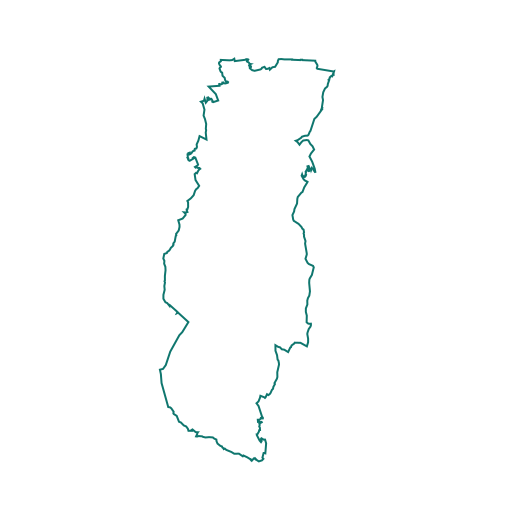 the district of Cazanesti, Mehedinti, Romania, rotated 254°
{"feature_id": "2599482B25744085941733", "entity_name": "Cazanesti", "entity_type": "district", "adm_level": 2, "iso_a3": "ROU", "parent_name": "Romania", "parent_adm1": "Mehedinti", "projection": "equal_earth", "projection_center": [22.915, 44.698], "detail": "fine", "context": "isolated", "style": "outline", "palette": "teal", "viewbox_px": 512, "rotation_deg": 254, "n_neighbors": 0, "source": "geoboundaries", "source_scale": "gbopen_adm2", "svg_char_len": 6090}
<svg xmlns="http://www.w3.org/2000/svg" viewBox="0 0 512 512"><g transform="rotate(254 256 256)"><path d="M438.9,332.0L437.5,330.8L436.1,330.3L432.6,326.5L432.9,323.8L431.3,320.7L433.0,320.7L432.7,318.8L433.0,317.2L435.5,316.3L435.3,313.7L434.5,312.9L434.1,311.8L434.4,305.7L435.7,303.5L438.2,301.8L439.1,302.0L439.0,303.2L439.3,303.4L440.2,303.2L440.5,302.0L441.0,301.9L441.5,302.8L441.8,302.7L442.0,303.8L442.4,303.0L444.2,302.2L445.5,300.9L446.7,301.6L446.6,302.3L447.0,302.7L447.4,302.3L447.9,300.7L447.5,300.2L449.2,289.3L451.6,289.5L450.9,287.1L451.4,284.4L454.2,276.2L452.9,275.9L452.2,273.9L451.3,273.5L449.7,273.7L447.9,274.5L447.5,274.4L447.0,273.2L446.3,272.6L443.4,272.8L442.5,273.1L441.6,274.0L438.5,273.5L435.9,275.0L433.8,274.8L432.1,275.2L431.8,275.5L431.5,276.7L430.8,277.1L430.3,276.7L430.3,274.2L430.9,272.6L431.8,272.5L432.0,271.4L430.8,270.9L430.6,269.5L431.4,268.5L431.4,268.0L429.7,267.8L431.9,257.2L422.7,262.0L415.9,262.5L415.7,257.2L416.4,256.5L417.2,257.0L419.4,256.4L419.6,255.7L419.2,255.3L419.4,254.8L419.1,254.6L419.1,254.2L420.5,254.4L421.0,254.1L420.9,253.5L421.6,253.6L421.6,252.9L420.7,252.9L420.4,252.5L418.7,252.1L417.2,250.0L421.4,249.9L419.6,248.8L419.5,245.6L417.5,246.8L410.9,246.8L405.4,244.3L401.8,244.7L396.6,244.5L392.0,242.8L390.8,242.8L388.5,241.7L381.6,240.5L386.8,234.8L382.8,232.4L379.6,229.7L377.1,229.3L375.8,228.3L375.9,226.8L375.4,226.3L374.3,226.1L374.1,224.0L372.8,222.5L372.7,221.4L372.2,221.3L372.0,219.9L372.5,219.8L373.6,220.4L373.5,219.2L372.6,218.8L372.6,218.2L369.7,217.7L369.5,217.3L368.8,217.7L368.6,217.4L367.8,217.7L367.5,217.4L366.6,217.6L365.8,218.5L366.9,222.7L367.7,222.4L368.2,223.6L367.3,224.8L359.8,225.5L359.1,224.7L358.4,221.9L357.8,222.2L358.2,222.8L356.9,224.0L356.2,225.9L355.2,226.4L354.8,225.2L353.9,224.0L351.8,222.1L352.5,221.4L351.6,219.6L345.7,218.8L339.1,220.7L337.3,218.5L336.7,216.9L335.4,215.4L331.6,212.8L329.4,209.3L327.8,205.2L326.3,205.5L321.9,204.3L319.8,202.9L319.9,202.2L319.5,202.0L317.2,202.2L317.2,200.6L317.8,198.9L316.0,199.9L314.8,199.6L312.2,195.8L311.8,191.1L307.3,191.1L305.0,190.5L301.8,188.7L299.2,185.2L297.8,185.1L297.4,184.4L292.2,181.8L290.9,180.0L289.5,179.8L289.3,179.2L288.5,178.8L287.4,176.5L285.6,174.7L284.8,173.3L284.5,172.0L283.4,171.1L283.3,168.4L279.1,166.2L276.6,166.6L273.9,165.6L270.6,165.9L267.2,165.1L261.9,162.9L257.6,161.7L257.0,161.1L255.6,161.2L252.4,159.6L248.7,158.9L244.2,156.3L240.4,155.2L236.5,156.2L235.2,157.7L232.6,158.8L233.1,158.9L233.0,159.3L223.8,165.1L222.8,164.2L223.0,165.5L211.1,172.8L203.1,164.1L201.0,160.5L187.7,147.2L176.0,139.2L173.1,135.5L173.2,132.3L168.7,132.0L159.9,130.2L135.0,130.0L134.1,131.8L132.9,132.6L129.0,133.9L127.5,133.2L126.8,133.4L124.2,135.7L117.9,136.3L116.7,137.9L113.0,139.9L111.4,141.9L108.7,142.9L106.6,142.9L105.7,146.0L106.4,145.9L106.8,147.1L103.3,149.5L102.6,151.5L102.1,150.7L101.3,150.6L99.1,148.7L98.7,149.6L98.7,151.3L97.5,154.5L96.8,155.1L95.5,157.4L94.8,161.0L93.5,164.5L91.9,165.6L90.5,167.3L88.8,167.0L86.3,167.3L83.3,169.4L82.3,170.8L81.2,170.9L80.2,171.7L79.3,171.8L79.5,172.9L77.8,174.0L74.4,178.3L71.9,180.6L70.7,185.1L67.1,188.1L67.7,188.9L65.0,192.0L62.5,194.3L61.0,195.0L61.5,195.3L60.6,195.9L62.1,198.2L62.0,198.7L61.1,199.2L61.5,199.5L59.6,200.5L57.8,202.1L57.9,205.4L59.0,207.2L60.4,206.6L64.5,209.0L64.3,210.0L63.8,210.6L73.1,214.1L77.0,214.1L77.4,212.7L79.9,210.4L77.8,211.2L77.6,210.8L78.2,210.4L77.9,209.7L76.3,210.2L75.7,209.5L77.6,208.6L83.7,207.4L84.2,207.5L84.0,207.9L86.3,210.3L87.7,211.1L87.6,211.9L89.9,212.4L91.2,212.1L92.6,213.0L94.0,213.0L94.6,215.7L95.0,215.6L95.1,214.0L95.7,213.8L96.0,212.2L98.1,212.6L97.7,214.2L97.9,214.8L98.3,215.7L99.0,216.0L99.2,217.1L98.1,217.3L98.0,217.8L98.5,218.0L100.2,217.5L111.1,217.1L114.3,215.9L115.5,218.3L118.7,220.8L120.4,221.7L117.9,225.0L117.1,225.5L117.5,226.2L120.1,228.5L118.9,229.5L119.4,231.0L120.3,232.2L122.9,234.4L123.7,235.8L125.4,236.6L127.7,238.9L128.7,238.7L132.3,242.3L133.8,243.2L138.4,244.4L145.3,248.2L146.8,248.5L149.4,248.7L150.4,248.2L154.9,248.9L159.5,248.6L164.9,250.1L162.5,252.3L161.6,253.9L159.2,255.1L158.2,257.3L154.8,260.4L158.6,263.7L158.7,264.5L160.2,265.5L161.3,268.6L162.0,269.3L160.3,274.8L155.1,280.0L158.7,282.3L162.1,283.3L166.9,283.8L168.3,284.5L171.3,286.6L173.1,288.9L174.5,289.8L175.8,290.1L176.2,288.3L176.9,287.3L178.4,286.4L184.7,288.4L188.5,288.5L191.9,289.5L195.2,292.0L199.0,293.0L201.2,294.3L203.2,296.3L207.1,298.1L215.5,299.7L218.4,300.7L219.5,301.4L222.4,304.5L229.2,308.4L230.8,308.1L233.7,304.6L235.2,303.7L239.7,302.8L243.4,305.2L244.5,305.5L254.4,306.6L256.7,307.7L261.5,307.5L262.9,308.0L264.7,308.0L265.5,308.7L268.3,309.0L269.4,308.1L271.4,307.7L275.1,305.8L279.4,302.0L280.9,301.8L285.3,302.3L288.3,304.9L290.5,305.9L295.1,309.9L299.6,311.5L301.2,312.4L304.4,317.1L304.7,318.3L308.7,321.3L312.8,325.8L313.1,326.0L315.1,323.8L316.7,322.9L320.6,322.0L321.7,322.8L320.6,322.8L318.6,324.4L318.6,324.9L319.0,325.4L319.7,325.5L319.6,326.1L320.4,326.6L321.1,326.3L322.7,327.1L323.2,326.9L325.7,329.4L325.0,329.8L324.6,329.4L323.7,329.4L323.0,330.2L323.1,330.7L326.3,330.1L328.0,330.2L328.0,331.4L324.7,331.8L324.0,332.6L324.4,333.0L323.6,332.9L325.0,334.0L324.5,334.1L324.3,334.8L323.8,335.3L322.5,335.1L320.5,335.8L320.5,336.2L323.7,336.5L331.2,336.0L336.9,334.8L339.4,337.1L342.3,341.2L345.9,340.6L348.7,339.1L352.7,338.2L353.5,336.7L354.0,333.2L352.9,331.0L351.0,328.5L354.1,327.3L355.8,326.0L355.9,328.0L357.2,332.0L358.0,333.0L358.1,336.1L357.5,338.8L358.0,339.8L360.8,342.1L361.2,342.8L371.7,349.9L373.1,352.7L378.2,359.2L378.3,358.7L379.1,359.2L380.1,360.6L380.7,360.3L387.4,363.4L390.6,363.7L394.9,365.8L398.0,368.5L399.1,371.0L399.8,371.7L401.6,372.5L404.3,374.4L405.2,374.3L405.3,375.1L406.3,375.4L407.4,376.6L407.2,376.9L407.6,376.6L408.3,378.0L407.7,378.8L409.2,379.8L408.8,380.5L409.8,380.8L410.1,380.5L411.8,381.9L412.0,382.0L411.9,381.6L419.1,366.5L419.9,366.2L421.8,367.5L422.9,367.6L426.5,366.6L427.4,366.8L431.5,354.6L431.9,354.6L432.4,352.9L432.1,352.6L434.7,344.8L435.0,344.9L437.2,337.4L438.4,334.5L438.9,332.0Z" fill="none" stroke="#0f766e" stroke-width="2"/></g></svg>